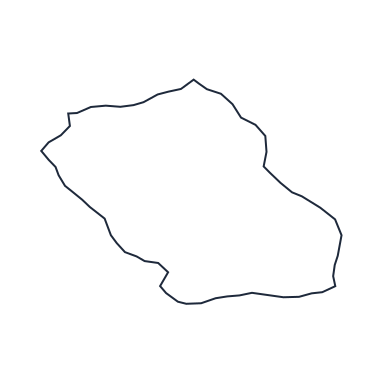 the district of Agios Symeon, Cyprus, rotated 8°
{"feature_id": "46923920B72100366560122", "entity_name": "Agios Symeon", "entity_type": "district", "adm_level": 2, "iso_a3": "CYP", "parent_name": "Cyprus", "parent_adm1": "", "projection": "natural_earth1", "projection_center": [34.234, 35.488], "detail": "fine", "context": "isolated", "style": "outline", "palette": "slate", "viewbox_px": 384, "rotation_deg": 8, "n_neighbors": 0, "source": "geoboundaries", "source_scale": "gbopen_adm2", "svg_char_len": 922}
<svg xmlns="http://www.w3.org/2000/svg" viewBox="0 0 384 384"><g transform="rotate(8 192 192)"><path d="M321.2,189.7L301.4,181.0L291.1,178.4L278.3,170.6L266.2,161.9L259.4,156.7L260.2,141.9L256.8,126.3L245.6,116.7L230.2,111.5L219.9,99.4L207.0,90.7L192.4,88.1L183.8,83.7L178.0,80.5L166.7,91.5L154.7,95.9L144.4,100.2L131.5,109.8L122.0,114.1L109.2,117.6L94.6,118.5L80.0,121.9L67.1,129.8L58.5,131.5L61.9,143.6L54.2,154.1L43.1,162.8L37.0,172.3L45.6,180.1L53.4,186.2L57.6,194.0L65.4,203.6L71.7,207.3L84.3,214.9L92.8,221.0L109.2,230.5L117.7,246.1L124.6,253.1L134.0,260.9L146.1,263.5L154.7,267.0L168.4,267.0L179.5,274.8L173.5,289.6L180.4,295.7L193.3,302.6L201.9,303.5L216.5,300.9L230.2,293.9L241.4,290.5L253.4,287.8L265.4,283.5L283.4,283.5L297.2,283.5L312.6,280.9L324.6,275.7L334.9,273.1L347.0,265.3L343.5,255.7L343.5,244.4L345.2,234.9L346.1,214.0L337.5,199.2L321.2,189.7Z" fill="none" stroke="#1e293b" stroke-width="2"/></g></svg>